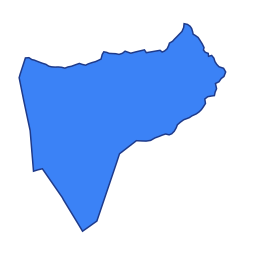 Serrolândia, Bahia, Brazil (Albers equal-area conic projection), rotated 264°
{"feature_id": "56859067B30551948339196", "entity_name": "Serrolândia", "entity_type": "district", "adm_level": 2, "iso_a3": "BRA", "parent_name": "Brazil", "parent_adm1": "Bahia", "projection": "albers", "projection_center": [-40.233, -11.447], "detail": "fine", "context": "isolated", "style": "filled", "palette": "blue", "viewbox_px": 256, "rotation_deg": 264, "n_neighbors": 0, "source": "geoboundaries", "source_scale": "gbopen_adm2", "svg_char_len": 1603}
<svg xmlns="http://www.w3.org/2000/svg" viewBox="0 0 256 256"><g transform="rotate(264 128 128)"><path d="M30.1,72.0L38.7,87.3L95.1,113.2L100.5,115.6L103.3,116.9L114.5,135.0L114.0,138.4L113.6,141.1L113.1,144.7L113.3,149.2L115.3,153.7L116.4,158.1L117.4,161.5L118.1,164.8L116.9,168.2L117.7,170.9L120.0,173.7L123.2,176.0L126.0,177.4L128.2,180.5L130.4,184.3L131.2,187.5L131.9,190.1L133.4,192.9L134.9,197.4L136.6,200.4L138.6,202.9L141.2,205.2L144.3,207.6L148.8,207.4L150.8,210.6L151.1,214.4L151.2,217.3L154.6,218.4L157.8,220.2L160.5,219.9L163.1,219.6L164.5,223.3L167.5,225.9L169.2,228.8L173.5,231.0L177.4,229.3L179.4,224.9L182.0,222.9L185.0,221.4L188.5,220.7L191.4,218.8L190.9,215.6L193.8,215.6L195.2,212.8L197.6,211.2L200.1,212.0L203.9,210.6L207.8,208.7L210.7,207.2L213.0,204.6L214.5,202.6L217.2,202.3L220.3,201.7L222.7,200.4L224.8,198.0L225.9,194.7L222.2,193.9L218.4,191.8L216.4,189.4L213.7,186.2L211.6,183.6L209.6,181.4L208.1,178.1L205.7,177.0L202.7,175.2L200.7,172.3L200.0,169.9L201.9,168.0L201.6,163.3L201.0,154.1L204.0,152.5L202.9,143.8L202.1,138.6L204.7,133.1L202.9,130.3L202.1,126.8L203.2,123.4L203.8,119.5L204.2,117.0L205.4,114.8L206.3,111.9L203.9,110.1L199.4,108.4L198.3,105.4L197.4,102.6L196.8,99.0L195.9,95.1L194.9,92.4L196.0,89.2L197.3,86.4L196.4,82.5L195.3,78.2L195.0,74.7L194.1,71.5L195.3,68.4L196.0,64.9L196.2,61.8L196.8,58.4L197.8,55.6L199.9,53.0L201.5,49.3L203.6,45.1L205.3,41.9L206.1,39.5L208.3,36.8L208.4,33.3L192.9,26.4L189.4,25.0L166.0,27.2L135.6,30.4L94.9,29.5L95.8,33.9L96.4,38.6L65.7,55.4L63.4,56.3L37.2,68.7L30.1,72.0Z" fill="#3b82f6" stroke="#1e3a8a" stroke-width="1.5"/></g></svg>